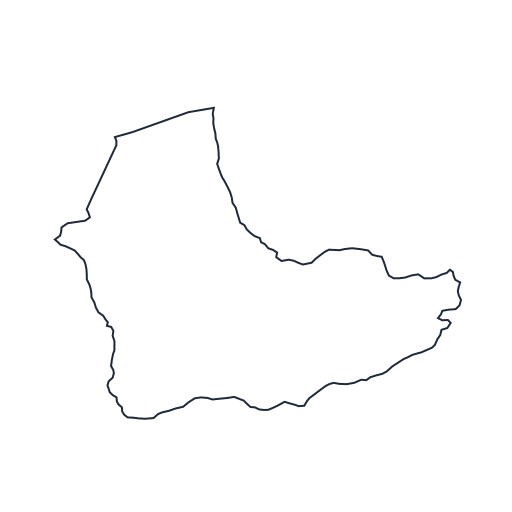 the district of Poço Verde, Sergipe, Brazil, rotated 253°
{"feature_id": "56859067B32075559146104", "entity_name": "Poço Verde", "entity_type": "district", "adm_level": 2, "iso_a3": "BRA", "parent_name": "Brazil", "parent_adm1": "Sergipe", "projection": "equal_earth", "projection_center": [-38.14, -10.822], "detail": "fine", "context": "isolated", "style": "outline", "palette": "slate", "viewbox_px": 512, "rotation_deg": 253, "n_neighbors": 0, "source": "geoboundaries", "source_scale": "gbopen_adm2", "svg_char_len": 2678}
<svg xmlns="http://www.w3.org/2000/svg" viewBox="0 0 512 512"><g transform="rotate(253 256 256)"><path d="M411.0,155.8L407.0,156.2L402.7,154.8L365.5,121.3L359.1,115.5L350.1,107.7L346.2,108.4L341.5,108.4L339.7,102.9L342.4,85.5L340.2,78.4L336.3,76.8L332.7,74.6L330.6,68.5L327.0,70.7L323.9,72.4L321.2,76.5L317.8,80.4L314.2,84.3L309.7,86.4L306.1,87.9L302.2,90.3L297.7,90.5L293.0,90.0L288.0,88.8L283.1,87.4L277.4,88.3L272.7,88.3L269.3,87.8L264.6,86.6L259.0,87.8L253.6,87.8L248.3,88.8L243.4,92.5L239.8,93.4L235.9,94.9L232.8,93.0L230.5,96.8L226.0,97.7L221.7,95.6L215.9,95.7L210.4,94.0L207.1,93.0L204.3,90.8L199.0,87.9L193.1,85.2L188.7,86.2L185.4,85.8L181.5,83.3L179.3,78.5L175.7,76.1L172.4,76.3L168.5,76.3L164.7,78.4L161.6,81.3L157.4,80.4L153.9,81.3L150.6,83.5L146.6,82.6L142.8,83.5L139.2,86.0L137.2,91.5L135.0,96.3L132.7,102.6L131.0,110.6L133.5,116.2L133.9,121.0L133.4,127.3L133.7,134.3L133.1,142.3L135.8,148.6L137.8,155.8L136.9,161.9L134.4,168.2L131.5,172.5L130.1,179.7L128.6,187.2L127.6,194.0L124.1,198.4L121.3,202.0L116.8,204.4L113.2,206.6L111.6,210.7L108.4,214.1L106.6,218.2L105.3,222.6L105.8,227.4L106.5,232.5L108.2,240.7L104.8,245.8L102.4,249.6L99.9,253.0L98.7,258.4L102.4,262.4L104.6,265.8L106.7,271.7L109.1,278.2L111.3,284.5L112.1,288.8L112.0,293.2L109.4,298.2L106.9,305.3L106.0,313.0L106.9,320.5L105.0,325.1L106.6,329.7L106.7,335.9L106.4,342.2L107.4,347.3L110.5,353.9L112.7,361.5L114.3,367.1L114.8,371.7L115.7,376.3L115.7,381.1L115.5,385.7L116.2,391.9L116.8,397.3L118.6,401.0L123.1,404.9L126.7,409.2L131.2,411.8L131.2,417.9L135.1,422.6L138.7,420.8L140.1,415.3L143.4,411.9L146.3,416.0L149.1,418.1L148.4,424.2L146.8,431.4L149.3,436.2L154.0,439.2L159.0,438.4L163.3,438.7L167.3,440.9L171.0,443.5L175.0,439.6L179.5,439.2L183.2,439.6L186.2,437.4L184.1,433.6L184.0,427.6L183.1,422.3L183.4,417.2L185.4,410.4L191.0,405.8L191.9,399.3L191.8,392.2L192.9,386.2L194.4,381.2L198.3,377.4L204.1,376.6L208.0,376.6L212.9,376.5L218.5,376.0L220.6,371.7L223.3,367.4L228.5,364.9L232.1,357.7L235.3,350.2L236.7,343.0L237.1,337.7L238.9,332.6L240.7,327.7L239.8,322.7L237.7,316.9L235.7,311.8L233.3,307.2L234.1,298.5L236.8,294.8L240.4,290.8L242.9,286.2L243.8,278.9L249.0,275.0L253.1,277.2L256.9,274.0L259.8,270.0L264.7,268.0L267.6,264.9L272.0,264.9L275.4,260.5L279.4,257.6L284.0,255.0L288.9,253.9L292.5,250.6L296.2,250.6L302.5,250.6L307.9,250.8L313.7,249.1L318.8,249.9L324.4,249.9L329.8,249.1L333.6,248.4L337.2,247.7L340.6,246.7L344.5,246.3L350.1,246.0L355.5,245.8L360.1,249.0L366.4,250.6L372.0,251.8L375.8,252.1L379.9,251.8L385.1,253.0L390.3,253.3L395.3,253.9L400.2,255.6L404.7,256.2L410.0,259.0L413.3,233.5L412.4,213.3L410.6,173.7L411.0,155.8Z" fill="none" stroke="#1e293b" stroke-width="2"/></g></svg>